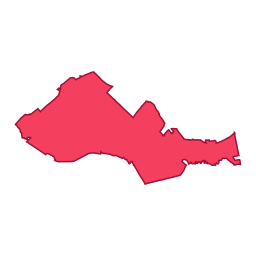 Corlateni, Botosani, Romania
{"feature_id": "2599482B71395956274801", "entity_name": "Corlateni", "entity_type": "district", "adm_level": 2, "iso_a3": "ROU", "parent_name": "Romania", "parent_adm1": "Botosani", "projection": "orthographic", "projection_center": [26.616, 47.942], "detail": "fine", "context": "isolated", "style": "filled", "palette": "rose", "viewbox_px": 256, "rotation_deg": 0, "n_neighbors": 0, "source": "geoboundaries", "source_scale": "gbopen_adm2", "svg_char_len": 5905}
<svg xmlns="http://www.w3.org/2000/svg" viewBox="0 0 256 256"><path d="M181.0,174.4L183.8,170.3L184.7,168.3L185.1,167.2L185.7,166.1L186.4,165.3L182.5,162.1L182.1,161.4L182.5,161.0L182.4,160.1L183.6,159.5L184.5,159.4L185.2,159.6L186.9,160.5L187.6,161.6L187.9,162.1L188.4,162.5L188.5,163.6L188.6,164.0L188.9,164.0L189.3,163.6L190.4,163.1L190.6,162.6L190.8,162.3L191.2,162.4L191.5,162.8L191.6,163.5L191.8,163.7L192.8,163.8L193.6,163.5L194.0,163.4L194.9,163.8L195.4,163.9L196.2,163.1L196.2,162.9L195.4,162.5L195.4,161.9L195.7,161.7L196.1,161.8L196.4,162.2L196.5,162.5L196.9,163.1L197.1,163.3L197.6,163.3L197.6,163.0L197.8,162.6L197.9,162.1L198.1,161.8L198.7,162.2L199.3,162.4L199.5,162.3L199.6,161.9L199.9,161.8L200.1,161.9L200.2,162.0L200.2,162.9L200.3,163.1L200.7,163.3L201.0,163.3L201.3,163.0L201.7,162.3L201.8,161.6L202.0,161.3L202.9,160.9L203.1,161.0L203.2,161.5L203.5,161.5L203.7,161.3L204.0,160.5L204.6,160.4L204.9,160.5L205.6,161.2L205.5,162.2L204.8,162.2L204.2,162.8L204.4,163.1L205.1,163.0L206.1,162.4L207.2,162.2L207.3,162.3L207.3,162.5L206.8,163.1L206.8,163.4L207.1,163.6L208.8,163.5L210.7,164.3L211.6,164.9L212.7,165.3L213.4,165.2L213.8,164.9L214.1,164.5L214.6,164.3L214.8,164.4L214.9,165.2L215.4,165.4L215.6,165.2L215.8,164.5L216.2,163.8L216.3,163.1L216.7,163.1L217.3,163.7L217.8,163.9L218.2,163.8L218.6,163.4L218.9,162.6L218.9,161.4L218.6,161.1L218.5,160.9L218.8,160.4L219.5,160.3L221.0,160.2L221.5,160.1L222.0,158.8L223.0,158.0L224.5,158.4L225.8,158.2L226.7,158.3L226.9,158.7L227.6,159.2L227.9,159.8L228.3,159.9L228.6,160.5L230.0,161.3L230.8,162.3L231.2,162.5L232.0,162.6L232.6,163.3L233.4,163.6L233.5,164.3L234.1,164.9L234.8,165.0L235.7,164.9L236.6,164.4L238.8,164.2L239.7,164.2L240.4,164.5L240.6,164.5L240.6,164.2L240.3,163.4L240.0,161.0L239.7,160.3L239.7,159.9L239.6,159.7L234.7,160.3L234.5,159.8L234.0,158.8L233.6,158.5L233.2,157.7L233.2,156.6L238.9,155.5L238.5,153.8L236.3,142.8L235.1,137.2L235.0,136.1L234.7,134.8L234.9,133.8L234.9,133.0L234.4,132.5L234.4,132.9L233.9,133.5L228.9,137.7L228.5,137.5L224.7,139.7L221.1,141.4L218.2,142.6L216.2,143.1L216.0,141.5L215.6,140.9L215.0,140.4L213.0,140.9L209.4,141.2L209.2,140.0L205.6,140.1L205.5,140.9L205.6,141.3L205.4,141.7L205.7,142.1L205.8,142.7L205.9,142.9L203.5,142.2L202.0,141.0L200.7,140.4L200.6,139.9L193.4,139.9L193.4,139.7L193.2,139.4L192.7,139.2L192.3,139.4L191.7,140.0L190.5,140.2L190.2,140.3L190.1,139.8L184.1,139.3L183.8,138.5L179.2,132.8L177.6,130.6L176.9,129.4L176.9,129.0L176.3,128.7L174.8,128.8L173.2,128.5L171.3,128.7L171.3,128.9L171.9,129.6L173.8,131.5L172.4,132.6L172.6,132.9L171.5,133.5L171.0,133.0L170.6,132.2L170.0,131.6L168.8,129.8L168.7,129.8L166.9,131.2L166.3,132.1L165.5,132.8L165.3,133.4L164.5,134.2L164.3,134.7L164.3,135.1L164.0,135.2L164.2,135.6L163.8,135.6L163.7,135.1L162.8,135.6L162.7,135.2L161.9,134.1L160.6,132.4L159.9,131.7L163.9,126.0L164.0,125.1L164.3,124.5L164.2,124.1L164.3,123.9L164.5,123.3L164.7,123.2L163.1,120.4L161.6,118.4L160.7,117.4L160.1,116.5L159.3,115.0L159.0,114.8L159.1,114.4L159.3,113.9L159.2,113.6L157.6,111.0L156.8,110.4L156.5,110.0L156.4,109.7L155.5,108.1L154.7,106.0L154.3,105.4L154.2,105.0L153.7,104.5L150.7,102.1L150.2,102.1L149.8,101.9L149.5,102.1L148.6,102.2L147.9,101.4L147.5,101.3L147.1,101.6L146.7,101.2L146.2,101.1L145.5,102.1L143.8,104.0L142.7,105.3L141.3,106.6L141.1,107.0L141.1,107.3L139.3,109.3L137.1,111.9L135.6,113.9L133.2,117.7L125.4,110.3L124.3,109.4L121.5,106.6L120.9,106.1L120.7,105.6L119.5,104.8L119.6,104.6L116.7,102.1L116.6,101.9L116.1,101.6L116.0,101.3L115.1,100.4L115.0,100.0L112.9,98.4L106.9,92.6L109.3,89.9L109.8,89.1L110.7,88.3L111.6,87.3L112.6,86.6L111.8,86.1L110.5,86.0L110.0,85.7L106.3,83.7L103.9,81.9L101.8,80.1L100.5,78.7L99.8,77.9L98.0,76.1L95.1,73.3L93.5,71.9L90.5,72.8L86.4,74.5L85.3,74.9L81.6,76.7L81.4,76.1L80.0,76.1L80.4,77.1L80.2,77.4L79.3,78.0L78.4,78.2L77.9,78.6L75.6,79.7L74.6,78.3L74.0,77.9L72.5,77.6L71.5,77.9L70.2,77.9L65.5,82.0L65.1,82.2L64.7,82.5L64.2,83.1L62.7,84.0L61.2,85.1L60.7,85.9L60.6,86.3L60.5,87.5L60.7,88.9L60.5,89.5L59.8,89.0L58.9,88.1L58.5,88.3L57.4,89.5L57.9,89.6L58.7,90.1L59.8,91.4L59.5,92.3L59.2,93.4L58.7,95.0L57.9,96.0L56.5,97.2L54.9,98.9L49.4,103.5L46.8,105.5L44.4,107.7L41.4,110.6L40.4,111.7L37.9,108.7L30.4,114.6L30.0,114.0L29.0,114.5L27.4,114.9L26.5,114.8L26.1,115.0L25.5,114.4L25.2,114.4L23.8,115.6L23.4,116.1L22.3,117.0L21.2,118.0L15.4,124.4L15.7,124.8L16.5,125.1L16.9,125.4L17.1,126.2L17.8,127.2L18.1,127.6L19.1,128.2L19.1,128.4L19.0,128.6L19.1,128.8L19.5,128.9L20.1,129.4L20.3,130.2L20.2,130.5L20.3,131.1L20.3,131.9L20.7,132.5L21.7,132.9L21.8,133.7L21.7,134.4L21.8,135.1L22.1,136.6L22.0,137.3L22.2,137.7L22.6,138.0L24.0,137.8L24.3,138.4L24.6,138.7L24.9,138.7L25.1,138.9L26.2,138.6L26.6,139.2L26.8,139.4L27.3,139.1L27.2,138.8L27.3,138.0L28.3,137.3L29.3,137.1L29.9,137.4L30.7,137.9L26.6,141.8L36.7,148.5L45.7,154.6L46.1,153.9L46.4,153.7L47.5,153.6L48.6,153.8L51.3,155.3L52.8,155.8L52.8,156.2L53.0,156.3L54.1,157.1L54.4,157.8L54.5,158.4L54.7,159.0L55.2,159.6L54.6,160.3L55.6,160.9L56.7,161.3L58.8,161.7L71.0,161.6L72.9,161.4L74.0,161.1L76.1,160.2L86.2,154.8L88.8,153.5L91.5,152.9L93.2,152.9L100.5,153.9L100.9,151.9L101.8,153.0L102.4,153.3L102.9,153.2L103.9,153.2L104.3,153.4L110.4,154.3L111.1,154.9L111.5,155.0L111.9,155.0L113.0,155.6L114.2,155.7L115.0,155.5L115.5,155.5L116.3,155.7L120.5,157.5L121.8,158.2L122.4,158.2L122.7,157.9L122.9,157.5L123.4,157.3L123.5,157.3L123.9,158.0L124.5,158.8L125.3,159.4L125.8,159.6L126.3,159.3L126.7,159.5L127.0,160.2L127.1,160.9L128.3,161.7L128.5,162.2L128.6,163.1L129.1,163.7L129.5,163.8L130.2,163.2L130.7,162.5L130.7,161.8L130.9,161.6L131.3,161.5L132.5,161.7L132.4,162.6L133.4,164.4L133.5,165.2L134.0,165.3L135.7,168.2L136.0,168.5L136.3,169.2L140.2,176.0L143.7,181.3L144.6,183.0L145.0,183.6L145.1,184.1L149.6,182.8L153.0,182.0L158.1,180.7L159.2,180.3L161.2,180.1L168.2,178.2L172.4,177.3L180.1,175.3L180.5,175.0L181.0,174.4Z" fill="#f43f5e" stroke="#9f1239" stroke-width="1.5"/></svg>